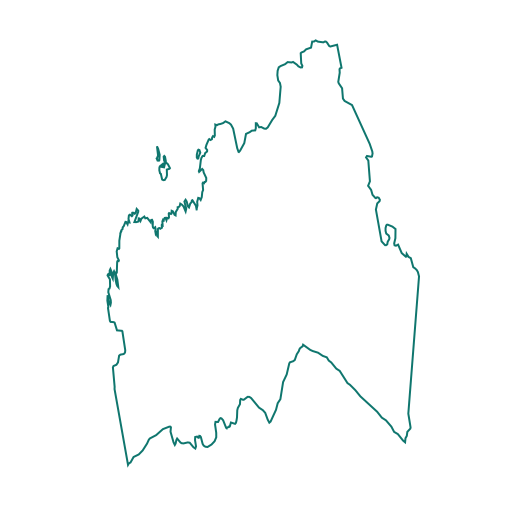 Karelia, Equal Earth projection, rotated 262°
{"feature_id": "RUS-2353", "entity_name": "Karelia", "entity_type": "Republic", "adm_level": 1, "iso_a3": "RUS", "parent_name": "Russia", "parent_adm1": "", "projection": "equal_earth", "projection_center": [34.102, 63.665], "detail": "fine", "context": "isolated", "style": "outline", "palette": "teal", "viewbox_px": 512, "rotation_deg": 262, "n_neighbors": 0, "source": "natural_earth", "source_scale": "10m", "svg_char_len": 6087}
<svg xmlns="http://www.w3.org/2000/svg" viewBox="0 0 512 512"><g transform="rotate(262 256 256)"><path d="M75.8,112.3L74.0,106.8L69.0,103.0L68.3,101.2L67.0,100.2L143.9,97.4L146.1,97.8L165.6,98.8L166.9,99.6L167.7,102.6L169.8,104.5L176.4,106.6L177.2,108.0L177.3,111.0L177.7,112.0L178.8,112.9L180.8,113.4L200.0,113.2L200.6,112.8L201.7,108.0L209.7,106.7L210.3,105.9L211.0,102.8L212.1,102.3L225.2,102.2L226.0,102.7L232.5,102.6L237.8,103.6L235.7,103.9L233.7,103.6L229.0,104.4L227.7,105.0L229.9,105.8L232.5,106.0L240.7,104.7L243.7,105.4L244.2,106.4L246.3,107.3L253.2,108.1L257.4,106.3L258.4,106.8L258.8,107.6L256.7,108.3L262.0,109.1L263.4,110.0L261.1,110.6L255.8,110.3L253.5,111.0L259.3,112.3L260.7,113.3L258.6,113.9L251.7,113.7L247.8,113.9L245.7,114.4L244.3,115.3L251.9,115.4L257.2,114.6L259.1,115.4L258.2,115.7L269.5,117.7L270.3,118.2L270.0,119.2L270.8,119.6L274.1,118.5L280.0,118.7L282.9,120.0L282.1,121.2L282.6,121.7L290.2,122.8L297.8,125.1L299.6,126.4L299.3,125.8L300.3,126.3L301.1,127.5L302.9,128.0L304.0,129.2L308.0,131.5L307.8,132.1L305.2,133.2L307.7,134.2L307.1,134.4L306.8,135.4L310.5,134.9L313.9,135.8L314.5,136.9L312.7,138.6L313.3,139.4L315.8,139.3L316.1,139.6L315.8,141.0L314.7,141.5L314.8,142.1L315.8,143.0L319.2,144.4L317.3,145.7L316.1,145.5L306.5,140.3L306.2,142.3L306.5,144.4L309.6,145.1L309.4,145.7L306.8,146.5L308.9,147.7L310.6,150.9L308.7,151.6L308.9,153.6L304.1,156.4L305.7,156.8L306.3,157.3L306.3,158.1L304.2,158.6L300.2,157.9L298.5,158.0L297.7,158.7L298.5,160.2L296.6,160.3L294.7,159.7L291.9,159.8L293.2,160.9L292.1,161.2L289.7,160.9L288.8,161.5L296.4,162.6L297.0,163.3L297.1,164.3L296.3,165.0L297.1,166.8L299.3,166.9L299.7,167.0L299.2,167.8L303.3,168.1L304.5,168.8L302.9,169.5L304.8,169.6L306.4,170.9L306.4,171.7L303.9,172.3L306.1,173.3L305.5,174.6L306.4,175.2L310.2,175.5L310.6,175.9L309.4,177.7L309.7,178.2L312.5,178.8L311.8,179.9L308.1,181.1L307.4,182.0L310.8,182.7L313.7,185.1L315.2,185.2L315.4,186.6L316.1,187.4L318.4,188.3L317.0,189.9L315.2,191.1L309.9,192.5L312.5,193.5L319.9,192.7L321.5,194.1L319.7,194.9L314.4,195.6L313.4,196.4L317.1,198.2L318.2,199.6L319.9,200.2L320.1,200.8L314.1,203.5L309.4,203.7L310.7,203.7L314.3,205.1L317.9,205.3L321.6,206.9L321.1,208.0L319.2,209.0L321.9,210.5L326.8,211.7L328.7,212.8L335.4,213.2L336.0,213.7L335.3,214.7L336.5,215.4L336.4,216.2L337.3,217.1L340.2,217.6L346.0,215.8L348.4,215.7L349.7,214.8L347.2,211.4L348.0,211.2L350.6,212.6L358.6,214.7L360.9,215.7L362.5,217.1L362.2,218.6L365.0,220.0L366.3,222.1L367.7,222.4L370.1,221.1L373.0,222.4L377.9,225.4L378.3,226.0L377.2,227.1L377.8,228.6L379.5,229.1L380.7,230.1L379.8,231.2L381.1,232.0L387.0,232.7L389.8,233.9L391.8,234.0L391.0,235.6L391.6,237.0L391.7,239.2L392.2,241.9L393.6,244.5L391.3,248.0L389.6,249.5L385.3,251.1L365.4,252.4L361.5,253.2L361.3,253.5L362.5,254.9L369.4,260.1L378.3,263.1L379.5,267.0L380.7,269.3L380.5,272.7L382.5,273.6L387.5,274.3L387.3,275.2L383.0,277.0L383.0,279.1L381.0,281.9L380.6,283.6L381.7,285.5L388.6,291.1L392.1,294.6L404.3,300.4L420.2,304.0L424.0,303.8L426.7,302.4L432.1,302.3L436.4,303.2L439.7,304.8L440.7,306.9L441.9,311.5L443.6,314.3L442.7,318.2L443.0,319.7L439.8,323.1L437.9,324.4L436.5,326.4L436.4,327.8L437.8,328.4L440.4,327.6L450.6,328.5L451.2,329.3L451.9,332.0L453.7,334.4L454.7,339.5L460.5,341.5L460.3,343.3L461.2,345.1L459.7,347.1L458.2,352.4L458.8,354.1L458.7,354.9L457.5,356.0L453.8,357.7L453.1,358.7L453.9,365.7L430.5,366.9L430.0,365.1L429.3,364.7L425.8,364.4L417.0,361.7L415.4,362.0L410.1,364.6L399.8,364.0L397.2,365.3L392.1,372.1L351.2,384.2L343.4,385.7L341.3,385.7L338.4,384.7L338.2,384.0L339.6,379.8L338.3,378.7L334.9,380.5L314.1,379.2L309.9,376.8L305.4,379.2L300.4,379.9L296.7,382.4L296.6,383.0L297.3,384.1L296.6,385.6L294.4,386.5L293.1,386.0L291.2,383.4L285.3,381.2L253.0,382.4L248.8,385.3L248.6,386.3L249.3,387.6L251.8,388.4L254.0,390.2L255.3,390.7L257.8,390.3L260.1,388.1L262.8,387.8L265.7,388.2L268.0,389.2L268.7,389.8L268.7,390.8L266.1,395.2L263.3,397.9L254.2,396.5L249.3,394.6L247.3,394.7L246.7,396.0L247.5,398.3L238.6,400.7L234.4,404.3L234.5,404.8L237.2,405.5L233.8,407.0L232.3,409.0L223.0,410.2L221.6,411.8L219.6,413.3L217.5,414.1L213.1,414.6L78.7,384.9L64.7,385.2L63.6,384.8L60.8,381.4L56.9,380.3L54.8,378.7L50.8,377.7L52.8,375.9L59.9,371.7L62.6,368.3L68.2,366.3L75.2,361.8L78.4,358.1L84.9,354.3L102.5,339.8L109.3,335.7L115.4,331.1L117.4,328.9L130.6,322.9L133.3,319.8L140.1,315.7L142.3,313.5L145.8,312.0L147.8,308.2L151.6,304.0L154.0,298.9L155.5,296.6L161.6,290.3L160.1,289.6L158.7,287.0L157.6,286.0L155.9,285.2L153.0,282.7L147.6,279.9L146.6,278.1L146.0,274.8L145.0,274.0L134.4,269.9L127.4,265.3L110.8,260.2L107.2,257.0L100.9,254.4L90.0,247.4L89.1,246.0L92.4,244.8L99.4,243.3L102.4,241.3L105.4,237.9L116.0,231.4L117.4,229.8L117.7,228.1L115.4,224.0L115.4,223.2L116.6,221.1L115.6,220.3L111.5,219.5L108.1,216.9L105.9,216.0L98.7,214.7L95.5,213.7L93.6,212.9L92.7,211.9L94.6,208.0L91.0,206.4L91.1,205.9L90.5,205.6L90.1,203.3L89.5,203.0L90.0,202.5L97.9,200.6L100.0,199.2L100.4,198.2L99.6,197.2L96.9,195.3L97.4,192.8L94.9,192.0L86.4,192.0L82.0,191.4L78.3,189.2L75.5,185.7L73.6,181.4L74.2,179.3L75.5,177.8L77.4,177.0L84.4,176.2L85.6,175.5L85.8,174.8L84.0,174.1L84.0,173.6L85.4,172.5L85.2,170.6L82.2,170.0L75.8,170.1L73.8,169.1L75.4,167.4L80.3,164.4L80.9,162.5L80.5,158.1L81.0,156.2L81.9,155.2L86.2,152.5L84.8,151.5L81.5,150.3L80.2,149.3L83.0,148.4L93.9,146.9L98.2,147.9L98.9,147.5L99.1,146.4L97.5,139.7L92.5,132.2L90.1,125.5L89.0,124.3L85.4,122.0L79.2,116.7L75.8,112.3ZM360.2,178.7L360.5,180.4L359.2,181.5L355.0,183.0L354.4,182.4L354.0,179.7L348.5,179.1L346.7,178.4L344.0,176.2L344.0,174.8L344.8,173.7L350.6,173.2L351.2,172.5L354.3,172.2L356.8,172.6L358.1,173.2L360.5,177.1L360.0,177.7L359.4,177.5L357.3,175.2L356.6,177.3L360.2,178.7ZM369.2,173.0L378.4,173.2L375.8,174.0L369.6,174.7L364.3,173.6L363.9,173.2L364.2,171.8L366.1,171.3L366.1,171.7L366.9,171.7L369.2,173.0ZM364.6,211.5L368.7,213.1L369.3,213.8L368.8,214.7L366.1,215.2L362.6,213.1L360.6,212.4L360.6,211.6L361.8,211.1L364.6,211.5ZM367.2,178.4L367.8,179.1L366.9,179.7L362.4,179.9L361.7,178.9L363.3,178.3L367.2,178.4Z" fill="none" stroke="#0f766e" stroke-width="2"/></g></svg>